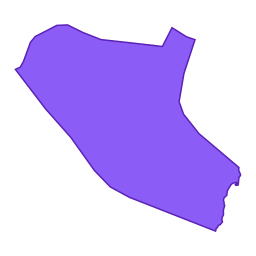 the district of Sant Katrin, Janub Sina', Egypt
{"feature_id": "37247803B38427943153509", "entity_name": "Sant Katrin", "entity_type": "district", "adm_level": 2, "iso_a3": "EGY", "parent_name": "Egypt", "parent_adm1": "Janub Sina'", "projection": "equal_earth", "projection_center": [34.29, 28.647], "detail": "fine", "context": "isolated", "style": "filled", "palette": "violet", "viewbox_px": 256, "rotation_deg": 0, "n_neighbors": 0, "source": "geoboundaries", "source_scale": "gbopen_adm2", "svg_char_len": 920}
<svg xmlns="http://www.w3.org/2000/svg" viewBox="0 0 256 256"><path d="M15.4,69.4L45.9,109.3L70.9,137.5L94.5,170.6L110.4,187.0L129.5,197.4L135.7,199.8L215.5,231.1L215.8,230.7L216.0,228.9L216.1,228.6L217.6,227.3L218.3,225.4L220.2,224.7L222.5,221.8L221.9,219.9L222.1,217.6L223.5,214.8L223.4,210.7L223.8,208.5L224.7,205.6L224.2,204.5L224.0,202.2L223.5,200.3L223.9,198.2L225.3,196.7L226.8,195.3L227.1,192.5L227.5,190.5L229.2,187.6L230.3,185.8L231.3,184.4L232.6,183.4L234.3,182.8L236.4,182.4L237.0,183.5L236.0,184.1L235.3,184.4L235.7,185.3L236.8,185.3L238.2,184.9L238.4,183.2L238.6,180.7L239.0,177.4L240.1,176.0L240.6,175.1L240.0,173.3L238.7,170.3L238.8,168.3L238.9,167.5L199.0,133.7L183.5,114.1L179.1,101.7L183.9,73.6L195.0,39.7L186.5,36.8L172.0,27.7L162.4,46.5L132.0,43.0L101.0,39.6L82.9,32.5L67.5,24.9L56.8,25.4L35.3,36.5L30.5,42.2L23.4,61.6L20.2,67.2L15.4,69.4Z" fill="#8b5cf6" stroke="#5b21b6" stroke-width="1.5"/></svg>